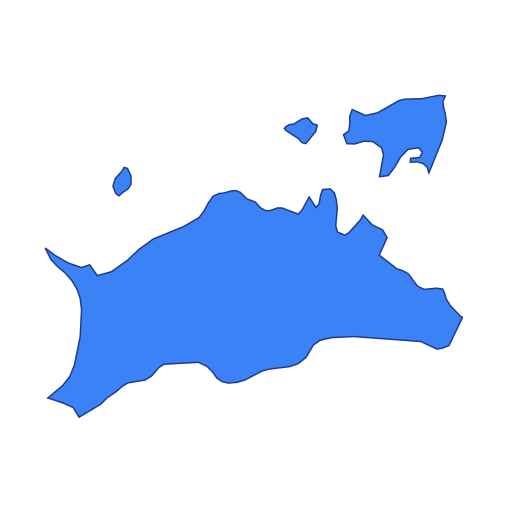 the border of Kagawa, rotated 5°
{"feature_id": "JPN-1833", "entity_name": "Kagawa", "entity_type": "Prefecture", "adm_level": 1, "iso_a3": "JPN", "parent_name": "Japan", "parent_adm1": "", "projection": "equal_earth", "projection_center": [134.035, 34.276], "detail": "fine", "context": "isolated", "style": "filled", "palette": "blue", "viewbox_px": 512, "rotation_deg": 5, "n_neighbors": 0, "source": "natural_earth", "source_scale": "10m", "svg_char_len": 2264}
<svg xmlns="http://www.w3.org/2000/svg" viewBox="0 0 512 512"><g transform="rotate(5 256 256)"><path d="M61.0,415.6L74.8,401.8L81.1,392.1L84.6,380.5L87.9,351.7L86.9,324.6L84.6,313.7L80.8,305.1L74.8,296.6L67.0,289.2L59.2,283.8L51.9,277.3L45.3,266.4L55.3,272.7L69.5,279.3L83.0,282.7L91.1,279.3L99.7,289.4L113.4,284.2L128.0,271.8L138.8,259.7L151.9,248.2L181.3,233.0L195.8,222.8L200.0,216.4L203.7,207.7L208.0,200.2L213.9,196.9L218.1,196.2L225.8,193.3L230.3,192.6L234.9,194.0L241.9,199.9L250.6,202.3L256.4,207.7L261.5,209.9L265.9,209.6L273.4,206.2L277.8,205.9L294.5,210.6L297.9,206.1L303.8,192.6L311.5,202.5L314.3,198.6L315.1,189.6L316.5,184.0L324.2,182.7L328.7,186.5L331.2,193.4L332.8,201.2L332.8,218.7L335.0,225.0L342.8,227.5L346.5,224.7L356.9,210.9L359.1,205.9L369.1,214.9L379.9,219.0L385.0,226.2L378.7,244.4L397.3,256.4L403.3,257.8L409.2,260.4L419.5,272.0L426.3,274.6L438.9,272.3L444.9,272.7L447.3,277.0L449.2,282.2L454.0,288.7L465.5,298.7L466.7,298.8L466.6,300.6L456.0,328.4L450.5,331.2L444.6,333.0L427.5,326.8L360.6,327.7L337.9,330.8L327.0,334.5L321.0,339.6L314.6,352.8L307.3,359.6L299.3,363.2L278.6,367.6L272.0,370.1L255.6,380.6L248.1,383.5L239.3,385.0L233.0,384.0L227.8,381.1L222.6,375.1L216.8,370.2L208.0,366.9L173.8,371.8L169.1,375.4L162.1,385.0L156.1,389.3L139.9,393.4L134.1,397.4L129.3,402.6L120.0,410.3L114.4,417.0L93.8,432.0L87.1,422.9L76.8,419.3L61.1,415.6L61.0,415.6ZM430.7,80.1L428.7,85.7L429.9,91.4L432.2,98.0L434.0,105.9L431.4,124.2L421.0,158.1L418.7,152.5L414.3,149.2L408.3,148.2L401.5,149.1L401.5,145.2L410.5,143.6L412.7,138.1L408.5,134.0L398.2,136.5L391.5,144.5L386.4,155.4L380.8,164.3L372.2,166.3L374.2,143.9L371.6,137.2L362.2,131.8L353.3,132.3L344.3,135.8L336.8,136.2L332.6,127.5L337.6,123.3L337.9,116.5L337.2,108.7L339.1,101.7L352.8,106.5L364.5,102.8L384.9,88.7L390.6,86.8L407.7,84.8L424.1,80.0L430.7,80.1ZM279.1,130.6L274.6,128.1L273.2,126.5L274.1,124.9L277.7,122.2L281.9,121.4L290.1,115.3L295.5,113.9L297.4,115.7L301.2,119.4L304.3,119.8L305.6,120.5L304.8,126.4L295.8,139.7L292.1,139.1L288.1,135.4L287.7,135.2L279.1,130.6ZM120.4,180.0L124.5,187.3L125.2,195.6L122.6,200.4L119.0,203.2L115.9,206.2L114.3,208.0L110.9,206.1L107.4,198.9L109.0,191.2L115.4,182.7L116.8,179.2L120.4,180.0Z" fill="#3b82f6" stroke="#1e3a8a" stroke-width="1.5"/></g></svg>